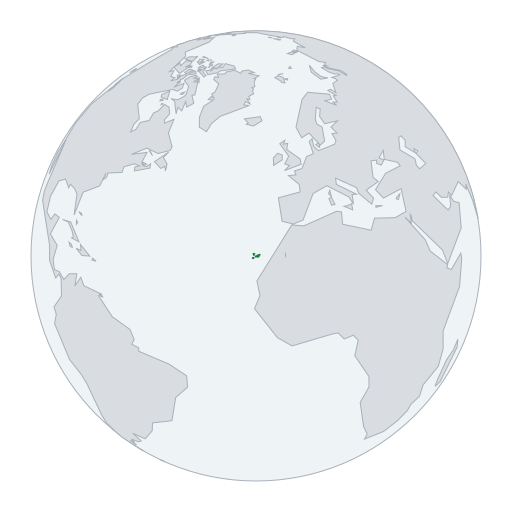 Santa Cruz de Tenerife on an orthographic globe
{"feature_id": "ESP-5842", "entity_name": "Santa Cruz de Tenerife", "entity_type": "Autonomous Community", "adm_level": 1, "iso_a3": "ESP", "parent_name": "Spain", "parent_adm1": "", "projection": "orthographic", "projection_center": [-17.219, 28.249], "detail": "fine", "context": "on_globe", "style": "filled", "palette": "green", "viewbox_px": 512, "rotation_deg": 0, "n_neighbors": 0, "source": "natural_earth", "source_scale": "10m", "svg_char_len": 10425}
<svg xmlns="http://www.w3.org/2000/svg" viewBox="0 0 512 512"><circle cx="256" cy="256" r="225" fill="#eef3f6" stroke="#a8b0b8"/><path d="M181.8,43.3L179.2,44.4L181.0,44.0L188.4,41.2L191.9,40.3L197.4,38.7L200.9,38.1L196.8,40.1L199.0,39.9L204.1,38.1L210.8,36.8L203.0,39.4L213.9,37.6L209.1,42.1L185.3,52.1L185.7,56.2L169.4,71.6L174.0,70.5L170.8,76.5L174.9,77.7L170.7,80.9L177.6,79.2L180.6,76.2L184.7,74.6L187.4,75.2L182.5,79.1L180.4,79.3L180.4,80.8L176.8,82.6L180.1,82.1L173.9,87.1L184.0,83.2L182.3,88.2L177.1,91.2L172.6,89.4L149.2,94.2L142.6,97.9L137.7,104.3L139.3,118.8L134.0,124.0L130.6,132.0L135.8,129.5L140.3,122.5L149.2,120.4L153.7,112.8L157.9,111.1L164.6,104.4L169.0,107.2L169.7,113.8L164.4,119.8L164.5,123.1L174.0,119.3L168.4,132.9L172.1,146.8L170.0,150.5L158.1,153.5L146.9,148.1L131.5,154.3L147.0,152.4L141.6,162.7L143.0,165.6L146.5,166.6L150.6,163.8L150.0,168.1L134.4,170.9L134.8,167.0L139.7,165.9L134.4,163.8L123.9,166.8L122.0,172.4L108.1,173.0L106.6,177.2L102.7,180.1L106.0,173.1L99.7,185.9L83.1,192.2L74.1,215.0L77.0,193.8L74.4,188.3L70.4,184.2L68.7,187.8L65.6,179.1L58.9,180.9L50.5,196.2L46.9,211.8L50.9,219.3L54.8,213.9L59.3,217.3L50.3,233.9L57.2,245.3L53.1,259.4L54.4,269.5L59.2,271.6L63.9,279.5L69.2,273.8L76.8,273.7L74.9,285.9L80.8,277.3L83.9,285.7L100.4,293.6L98.6,295.8L112.2,316.7L130.0,329.5L134.2,339.6L131.7,344.2L138.6,347.8L138.8,351.3L169.0,364.1L186.6,375.8L187.6,387.2L175.7,397.5L171.9,420.7L152.5,422.9L152.2,430.8L145.2,438.8L132.8,433.3L141.2,440.9L138.4,441.9L131.6,439.0L134.7,442.6L130.0,440.3L136.2,444.5L135.0,445.6L142.9,450.7L143.4,451.1L122.2,437.3L118.9,434.4L118.2,434.1L106.5,422.9L101.7,415.0L86.8,383.5L81.5,374.7L69.6,359.6L54.6,323.6L56.3,314.3L54.0,306.9L61.5,296.0L61.1,278.5L58.9,274.1L55.7,278.0L49.6,260.4L49.6,245.4L42.6,200.3L44.3,191.3L48.3,181.2L66.2,139.5L49.1,174.1L52.2,164.6L58.4,150.8L59.6,149.8L70.1,132.1L75.6,122.9L91.9,103.6L112.7,86.8L108.1,91.4L113.7,87.4L119.8,81.6L122.5,78.9L149.9,62.0L171.9,49.4L173.6,47.3L177.4,46.8L177.1,45.0L178.3,44.5L181.8,43.3ZM70.7,222.0L78.9,241.7L71.5,237.9L73.4,236.9L71.9,230.3L68.2,221.9L62.5,219.4L70.7,222.0ZM80.5,214.0L78.8,211.6L80.8,213.1L80.5,214.0ZM123.1,78.0L119.5,81.7L112.7,87.5L115.3,84.4L123.1,78.0ZM136.6,68.2L135.9,69.3L129.8,72.7L132.1,71.0L136.6,68.2ZM174.1,46.5L170.5,48.1L172.8,46.9L174.1,46.5ZM197.6,38.6L200.4,37.8L197.6,38.6ZM161.7,103.4L163.1,103.9L161.1,104.8L161.7,103.4ZM163.3,100.1L160.0,100.9L160.3,99.5L162.3,99.0L163.3,100.1ZM208.4,36.3L213.2,35.4L207.7,36.6L208.4,36.3ZM167.2,99.6L161.1,97.0L161.7,94.6L169.8,91.0L167.2,99.6ZM215.5,35.2L227.0,33.6L227.8,33.1L232.1,34.2L220.8,34.8L213.9,36.2L216.9,35.2L215.5,35.2ZM180.4,75.0L177.3,78.2L177.4,75.1L180.4,75.0ZM179.5,73.4L174.0,67.2L180.0,63.1L180.6,65.8L186.3,60.6L191.9,61.7L190.1,64.8L185.1,67.1L191.0,65.8L179.5,73.4ZM232.6,35.4L234.8,35.5L231.7,35.8L232.6,35.4ZM186.3,73.7L184.7,72.6L189.7,69.0L193.9,70.6L190.9,71.2L186.3,73.7ZM185.1,58.9L189.6,56.8L195.4,56.9L197.9,56.2L192.6,61.4L185.1,58.9ZM191.2,72.4L195.9,71.5L196.0,73.9L188.2,74.6L191.2,72.4ZM189.3,67.5L191.9,65.9L191.8,67.2L189.3,67.5ZM199.0,82.6L196.9,81.0L199.3,78.8L199.0,82.6ZM197.7,71.1L197.6,70.3L198.4,69.4L201.5,69.4L197.7,71.1ZM197.0,61.3L198.5,62.0L199.5,59.2L203.9,59.5L199.5,63.0L203.2,61.7L204.6,61.8L199.5,64.6L197.0,61.3ZM206.8,66.8L202.8,72.0L206.1,75.3L204.0,77.1L199.0,71.6L206.8,66.8ZM203.0,65.2L204.8,66.6L201.3,68.0L197.8,68.0L203.0,65.2ZM208.4,58.6L202.8,57.1L203.9,56.5L208.4,58.6ZM208.4,67.4L209.4,66.2L209.1,67.5L208.4,67.4ZM209.2,60.9L207.1,60.4L208.4,59.6L209.2,60.9ZM213.0,64.4L211.7,65.9L209.3,65.9L213.0,64.4ZM211.8,62.5L214.2,61.6L209.2,64.9L210.7,62.4L211.8,62.5ZM210.8,60.2L210.9,59.6L211.5,60.6L210.8,60.2ZM222.9,64.0L217.2,68.2L211.9,67.9L218.1,63.8L222.9,64.0ZM159.4,459.5L162.6,460.7L165.0,461.8L163.3,461.2L159.4,459.5ZM255.5,30.7L252.9,30.8L256.3,30.7L262.4,30.8L262.5,30.8L263.8,30.9L280.3,32.0L296.6,34.4L312.8,38.0L328.6,42.7L344.1,48.6L359.0,55.7L373.4,63.8L387.2,72.9L400.3,83.0L412.6,94.0L424.0,106.0L434.6,118.7L444.2,132.2L452.8,146.3L460.3,161.0L466.7,176.3L470.8,188.2L473.4,196.9L478.2,218.7L472.5,200.0L465.8,184.0L466.3,189.3L458.2,181.5L451.7,195.3L448.4,192.1L447.7,197.1L441.6,197.4L435.8,191.9L433.1,195.6L448.1,210.1L450.7,206.2L449.6,194.8L453.5,201.2L459.1,202.8L461.2,227.9L447.7,263.5L442.5,250.0L412.3,220.8L411.1,215.7L410.8,215.2L410.2,214.4L411.4,223.2L404.9,217.1L425.2,239.7L430.2,251.0L447.6,264.6L446.9,267.9L451.3,269.5L460.8,253.2L461.7,258.2L459.6,286.4L443.1,331.0L443.1,349.0L438.2,366.4L423.1,384.9L419.5,396.1L411.0,404.2L407.2,410.8L397.6,420.5L383.5,431.5L364.5,439.1L367.2,434.1L363.6,426.5L360.2,402.4L369.0,386.9L368.9,376.4L354.8,355.7L358.2,340.2L353.4,335.2L344.2,339.0L338.2,332.9L332.3,334.0L292.1,345.9L277.5,337.7L254.5,308.7L260.0,295.6L256.9,281.0L291.8,224.9L303.8,225.9L336.5,211.3L341.5,211.9L342.6,224.2L371.2,230.2L374.5,218.2L395.4,217.6L406.1,211.4L401.1,188.6L383.5,198.1L375.5,189.7L385.6,173.3L400.2,165.8L397.5,162.3L384.2,159.3L383.3,150.3L379.0,157.8L383.9,160.1L381.3,165.1L376.7,163.4L376.6,160.1L371.0,160.9L373.1,177.4L378.3,181.5L366.2,190.2L373.6,198.2L371.8,204.2L358.6,193.1L356.6,187.7L335.5,178.1L336.4,184.4L356.5,194.2L352.1,194.5L353.5,204.1L349.0,197.0L326.9,185.7L313.1,193.5L303.0,220.1L293.4,224.0L282.1,221.3L278.4,197.8L300.2,191.9L299.2,184.4L288.5,175.6L296.0,174.9L294.4,170.9L302.0,168.5L306.5,156.7L313.3,153.7L309.2,141.5L312.1,138.6L313.7,146.4L318.5,150.7L334.7,144.2L336.0,140.7L332.0,133.5L337.0,133.1L331.0,127.1L337.4,120.9L324.7,123.7L319.6,116.4L320.2,109.0L316.2,107.4L315.3,119.5L316.9,124.1L322.1,127.0L324.6,141.1L320.3,145.1L309.0,133.1L301.7,137.8L296.0,127.2L302.1,99.3L307.7,92.3L329.5,94.2L331.6,99.2L324.9,100.8L336.6,105.3L333.0,102.0L337.1,102.0L333.3,95.8L336.1,95.5L327.8,90.4L330.7,89.3L335.9,92.6L332.8,83.5L337.3,80.4L335.3,78.6L331.8,77.5L339.8,74.8L338.0,73.7L334.6,74.0L328.8,72.0L321.6,67.7L324.8,67.0L327.8,68.5L338.9,70.9L346.4,75.4L347.0,74.7L341.2,70.7L327.7,67.7L322.5,65.4L328.6,66.0L326.0,65.6L324.4,64.3L325.7,62.5L318.8,61.5L296.9,50.2L297.3,46.3L305.3,47.7L293.3,41.2L294.7,38.7L291.7,38.8L283.8,36.6L283.3,37.3L281.2,37.3L260.9,33.6L258.5,32.8L246.3,32.6L244.7,32.9L245.8,33.4L232.1,34.2L227.8,33.1L231.6,32.5L226.4,32.8L235.8,31.6L236.7,31.6L255.5,30.7ZM285.3,252.6L285.7,257.2L285.7,257.3L285.3,252.6ZM419.6,168.8L425.8,163.5L416.2,153.5L417.8,150.9L413.9,148.7L415.5,152.9L405.1,146.6L405.3,140.4L401.0,135.8L398.7,137.5L400.0,150.0L415.0,158.8L416.4,165.3L419.6,168.8ZM101.0,293.7L102.7,297.0L99.9,295.8L101.0,293.7ZM69.1,242.2L71.5,244.4L72.3,247.3L70.2,246.5L69.1,242.2ZM92.6,258.1L96.1,261.2L91.9,260.1L92.6,258.1ZM80.5,244.5L89.8,256.1L81.9,255.5L76.2,248.3L80.9,250.3L80.5,244.5ZM76.5,220.2L77.7,222.3L76.4,224.2L76.5,220.2ZM81.9,215.2L81.2,214.9L81.2,212.4L81.9,215.2ZM142.5,162.5L143.7,162.5L146.6,164.3L144.0,165.1L142.5,162.5ZM167.1,164.1L165.4,171.0L164.8,166.3L160.8,168.4L154.5,161.7L168.7,152.1L163.4,157.4L167.1,164.1ZM150.1,150.9L152.5,155.7L149.3,150.9L150.1,150.9ZM277.6,153.3L282.2,154.9L282.2,159.9L273.6,165.4L273.4,158.0L277.6,153.3ZM288.7,156.2L279.8,143.7L284.8,140.3L283.5,144.2L287.7,143.3L286.7,149.4L300.2,159.1L301.1,164.3L284.6,170.6L289.5,165.4L284.7,163.9L288.7,156.2ZM248.3,123.0L244.5,118.9L260.3,116.6L262.0,120.7L253.5,126.0L246.4,124.3L248.3,123.0ZM182.7,94.4L180.3,94.1L181.6,92.9L184.8,92.1L182.7,94.4ZM197.8,82.0L194.9,95.0L191.9,95.1L193.8,103.3L186.7,107.1L185.7,101.5L181.7,110.9L177.9,107.3L176.1,113.8L174.6,101.0L171.1,98.7L177.7,99.8L184.4,96.3L186.2,94.1L188.7,86.5L184.4,80.4L190.3,76.5L195.6,75.4L197.5,76.3L193.1,78.4L198.8,78.0L193.9,81.8L197.8,82.0ZM254.2,72.6L248.3,73.4L259.0,75.9L254.1,78.6L255.7,78.8L254.1,82.1L254.9,86.7L251.9,87.5L253.5,89.0L252.5,91.4L253.7,93.8L248.8,96.4L249.9,99.6L247.0,99.0L250.1,103.9L245.6,101.5L243.9,104.9L249.2,105.5L220.1,116.4L211.3,123.8L206.5,131.7L199.4,127.2L199.4,117.3L203.7,106.2L213.2,100.1L208.3,99.5L211.3,96.5L213.9,98.2L211.7,93.9L215.0,92.0L218.8,83.9L213.7,79.5L214.9,76.7L218.5,77.5L217.3,74.2L225.0,73.9L226.0,72.1L234.7,70.3L241.0,73.4L241.7,71.1L248.3,70.0L254.2,72.6ZM225.4,63.6L234.1,66.0L235.7,68.9L220.0,71.0L217.9,72.7L207.9,74.7L205.8,70.7L208.9,70.4L211.3,69.2L211.0,70.9L213.1,68.7L217.4,68.4L220.2,66.7L222.3,67.9L225.4,63.6ZM344.0,206.3L347.3,205.7L351.7,203.6L352.7,209.9L344.0,206.3ZM328.9,198.7L331.4,197.1L335.0,204.4L331.6,205.2L328.9,198.7ZM329.8,190.3L331.3,196.4L328.5,193.6L329.8,190.3ZM315.7,144.8L318.0,143.0L319.4,144.4L319.6,147.4L315.7,144.8ZM285.0,82.9L281.3,82.3L281.3,81.3L274.8,77.7L277.9,75.8L283.0,77.2L285.0,82.9ZM399.8,193.8L398.5,199.6L396.1,198.6L397.0,196.8L399.8,193.8ZM375.8,205.6L382.7,205.6L376.0,207.3L375.8,205.6ZM287.3,80.1L284.3,78.8L287.7,78.7L287.3,80.1ZM279.8,74.2L283.3,73.6L277.5,75.1L279.8,74.2ZM457.1,347.2L440.1,381.6L435.0,386.3L437.7,379.2L446.4,360.0L453.5,349.7L457.9,339.1L457.1,347.2ZM309.4,65.3L315.0,72.1L321.1,76.5L327.8,77.9L320.8,79.2L311.4,72.3L309.4,65.3ZM298.1,51.9L292.3,51.3L293.1,50.1L294.6,50.1L298.1,51.9ZM295.8,52.6L291.9,54.7L287.5,53.5L291.5,52.0L295.8,52.6ZM289.9,66.4L291.4,68.4L288.5,68.4L289.9,66.4ZM236.0,35.0L234.9,35.5L234.1,35.1L236.0,35.0ZM281.1,37.7L278.2,37.6L277.4,36.9L281.1,37.7ZM269.6,37.2L272.5,38.0L268.1,37.4L269.6,37.2ZM279.3,40.1L273.1,38.5L281.0,39.7L279.3,40.1Z" fill="#d9dde1" stroke="#a8b0b8" stroke-width="1"/><path d="M258.7,256.4L258.6,256.5L258.4,256.7L258.4,256.8L258.2,256.9L257.9,257.0L257.8,256.9L257.7,256.8L257.7,256.7L257.5,256.4L257.4,256.3L257.4,256.2L257.3,255.9L257.2,255.9L257.1,255.7L257.3,255.4L257.4,255.5L257.5,255.5L257.8,255.4L258.0,255.4L258.3,255.3L258.5,255.3L258.5,255.2L258.8,255.0L258.8,254.9L259.0,254.8L259.1,254.7L259.5,254.7L259.8,254.7L259.8,254.8L259.7,254.9L259.4,255.0L259.2,255.3L259.0,255.5L259.0,255.8L258.9,255.8L258.8,256.1L258.7,256.3L258.7,256.4ZM254.2,253.8L254.2,254.0L254.3,254.0L254.2,254.2L254.1,254.3L254.2,254.5L254.1,254.8L254.0,255.0L253.9,255.1L253.7,255.0L253.7,254.8L253.7,254.7L253.4,254.3L253.4,254.2L253.3,253.9L253.5,253.7L253.8,253.7L254.0,253.6L254.2,253.8ZM255.7,256.2L255.9,256.1L256.0,256.2L256.2,256.3L256.4,256.4L256.4,256.5L256.2,256.8L255.9,256.9L255.7,256.8L255.6,256.6L255.6,256.3L255.7,256.2ZM253.5,257.6L253.7,257.8L253.5,258.0L253.4,258.2L253.4,258.3L253.2,258.3L253.1,258.2L252.8,258.1L252.7,258.1L252.7,257.9L252.8,257.9L253.1,257.9L253.3,257.8L253.3,257.7L253.5,257.6Z" fill="#22c55e" stroke="#15803d" stroke-width="1.5"/></svg>